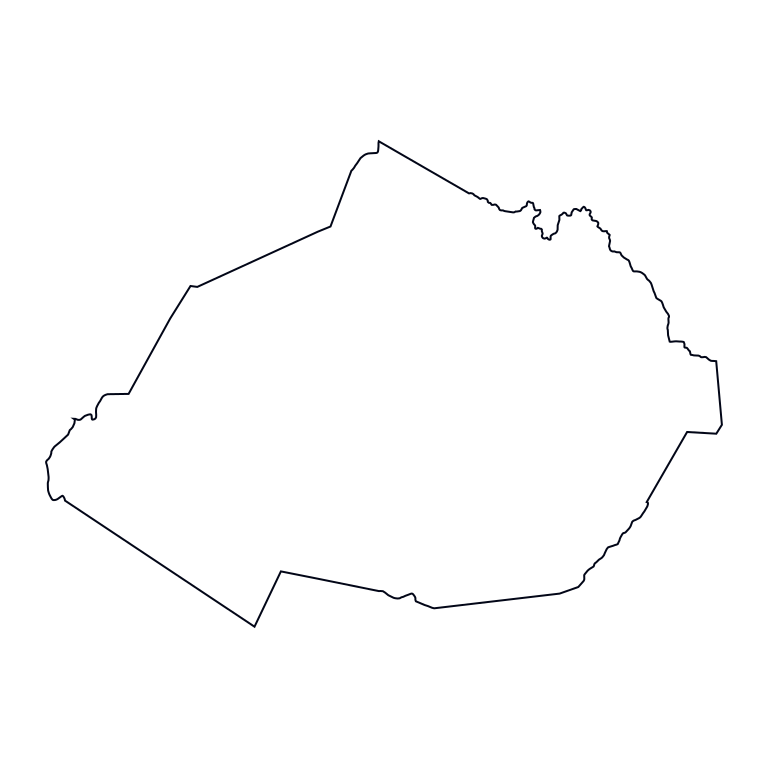 the district of San Juan de Flores, Francisco Morazán, Honduras
{"feature_id": "27666195B42566611093852", "entity_name": "San Juan de Flores", "entity_type": "district", "adm_level": 2, "iso_a3": "HND", "parent_name": "Honduras", "parent_adm1": "Francisco Morazán", "projection": "robinson", "projection_center": [-86.926, 14.309], "detail": "fine", "context": "isolated", "style": "outline", "palette": "ink", "viewbox_px": 768, "rotation_deg": 0, "n_neighbors": 0, "source": "geoboundaries", "source_scale": "gbopen_adm2", "svg_char_len": 6038}
<svg xmlns="http://www.w3.org/2000/svg" viewBox="0 0 768 768"><path d="M716.3,433.7L721.9,424.8L716.2,361.2L714.5,361.0L711.8,360.9L710.7,360.7L708.9,359.6L706.2,357.2L704.8,356.9L702.8,357.2L701.3,357.2L700.8,357.0L699.8,356.1L698.5,355.6L693.9,355.4L692.3,355.0L690.9,354.8L690.5,354.2L689.9,351.3L689.0,350.6L687.3,348.3L686.7,347.8L685.1,347.6L684.7,347.5L684.5,347.3L684.4,346.3L684.5,344.4L684.3,343.5L683.9,342.4L683.7,342.0L683.4,341.9L681.8,341.6L679.0,341.5L676.1,341.3L674.4,341.4L672.0,341.7L670.5,341.8L669.7,341.6L668.1,335.3L668.0,333.6L667.8,329.8L667.5,329.0L667.4,328.0L667.7,325.8L668.4,323.7L668.6,322.5L668.4,318.9L668.5,318.0L669.0,316.9L669.0,316.3L668.9,315.7L668.0,313.9L666.2,311.6L663.7,307.3L662.9,304.7L662.2,302.8L661.5,301.4L660.8,300.8L657.4,298.8L656.6,298.2L656.3,297.9L654.5,292.9L653.7,291.3L651.5,284.4L650.8,282.8L649.1,280.7L647.9,279.8L647.0,278.9L645.0,275.3L643.9,274.3L642.0,272.9L640.7,272.2L639.5,271.8L636.9,271.4L633.9,271.4L633.4,271.2L633.1,271.0L632.5,270.0L631.6,267.9L630.7,266.3L629.5,262.2L628.8,260.6L628.1,260.0L627.2,259.6L623.8,257.5L623.3,257.0L621.6,255.4L620.4,252.9L620.2,252.6L619.4,252.3L616.5,252.2L614.3,251.4L613.2,251.5L612.3,251.4L611.3,250.9L610.6,250.4L610.0,249.4L609.4,247.2L609.0,246.2L610.1,240.9L609.8,239.6L609.2,238.3L609.1,237.8L609.2,236.5L609.6,235.4L609.6,234.8L607.4,233.0L607.0,232.2L606.9,231.4L606.8,231.1L606.1,231.1L603.9,231.3L603.0,231.2L602.3,231.0L601.5,230.3L600.4,228.6L597.7,226.8L597.4,226.3L598.1,224.7L598.3,223.1L598.1,222.5L597.3,221.7L596.8,221.3L596.1,221.0L592.7,220.4L591.9,219.8L591.7,219.4L591.8,217.4L591.2,216.7L590.1,215.8L589.6,215.0L589.7,214.2L590.4,212.9L590.7,212.0L590.5,211.2L590.0,210.5L589.4,210.2L588.5,209.9L586.8,210.3L586.2,210.2L585.8,209.5L585.5,208.5L585.3,208.1L584.5,207.1L583.8,206.8L583.0,207.3L581.4,209.1L581.2,209.4L581.1,210.3L580.7,210.8L580.3,211.1L576.3,209.0L574.9,209.0L573.7,209.3L571.7,212.3L571.3,214.4L571.2,215.0L570.8,215.4L570.3,215.6L568.8,215.7L567.3,215.5L567.0,215.3L566.0,213.5L565.7,213.2L564.5,212.7L563.8,212.7L563.4,212.8L562.8,213.6L562.2,214.1L561.5,214.7L560.2,215.3L559.3,216.1L559.4,219.9L557.7,225.2L557.6,229.7L557.0,231.3L556.3,232.4L555.3,233.3L553.6,233.8L552.0,234.8L550.9,235.7L550.6,236.4L550.6,239.0L550.5,239.4L550.2,239.6L549.4,239.7L548.6,239.4L547.7,238.7L547.2,237.8L547.0,237.7L546.7,237.7L545.9,238.2L545.0,238.5L544.4,238.6L544.0,238.5L543.2,238.2L542.7,237.8L542.2,237.1L541.9,236.4L541.9,235.5L542.4,234.5L542.6,233.6L542.4,232.7L541.9,231.4L541.8,230.5L541.9,229.7L541.7,229.3L541.1,228.8L540.1,228.7L538.0,227.9L537.7,227.9L537.0,228.5L536.5,228.7L535.9,228.8L535.4,228.6L535.2,228.3L535.1,227.9L535.2,226.5L535.1,225.5L533.8,224.0L533.1,222.7L532.9,222.1L533.0,221.5L534.0,217.8L535.6,216.5L537.3,215.9L538.6,215.0L539.7,213.7L540.2,212.7L540.4,212.1L540.3,210.9L540.0,210.0L536.2,210.4L535.6,210.3L534.8,209.7L534.5,209.2L534.5,208.3L533.9,207.1L533.6,205.8L533.2,203.7L533.0,203.2L532.7,202.9L532.2,202.8L531.3,202.8L530.4,202.5L529.5,201.8L528.9,201.5L528.5,201.4L528.1,201.6L527.6,202.1L527.2,202.8L526.9,203.8L526.8,205.2L526.3,206.1L522.3,207.9L520.9,210.3L520.3,210.8L519.7,211.1L517.1,211.5L515.6,211.5L514.5,212.2L513.2,212.4L505.3,211.2L504.3,211.0L503.0,210.4L501.3,210.4L500.4,210.2L499.8,209.9L499.4,209.3L499.0,208.6L498.8,207.8L498.4,207.2L496.1,204.8L495.5,204.6L494.7,204.5L493.1,204.9L491.8,204.9L491.5,204.7L491.0,203.8L490.3,203.0L490.0,202.9L489.1,202.9L488.2,202.3L487.8,201.8L487.8,200.9L487.5,200.2L487.0,199.4L486.5,199.0L485.0,198.5L482.9,198.0L481.6,198.3L480.5,198.9L480.1,198.9L479.2,198.3L477.6,197.0L474.4,195.3L473.5,194.2L472.4,193.5L470.6,193.1L469.0,193.4L378.8,141.3L378.5,142.9L378.5,146.4L378.2,150.1L378.0,151.4L377.5,152.4L376.9,152.8L376.1,153.0L370.5,153.3L368.1,153.5L365.5,154.4L363.7,155.5L360.5,158.1L357.0,163.4L355.3,165.6L354.1,167.7L352.4,169.8L351.4,170.7L330.5,226.5L317.8,231.7L197.3,286.9L190.5,286.0L170.2,318.5L128.6,393.9L107.6,394.2L105.7,394.8L104.6,395.3L103.6,395.9L102.6,396.8L101.6,398.3L100.1,401.1L98.8,402.9L97.2,405.9L96.5,407.5L96.2,408.4L96.1,409.6L96.0,411.9L96.2,414.9L96.1,417.2L95.8,417.8L95.4,418.5L94.4,419.2L92.9,419.6L92.4,419.6L92.1,419.4L91.8,418.6L91.7,416.6L91.5,415.2L91.0,414.6L90.2,414.3L88.1,414.7L84.9,415.9L83.6,416.9L80.8,419.4L80.2,419.7L79.2,419.9L78.1,419.9L77.5,419.7L75.5,418.9L73.8,418.8L74.9,419.6L74.4,423.3L72.7,427.1L71.1,429.0L69.8,430.1L68.1,434.6L59.9,442.2L54.9,446.3L54.1,447.1L52.5,449.4L51.6,451.0L51.3,451.8L51.3,453.1L51.0,454.2L50.5,455.8L49.8,457.2L48.6,458.9L47.3,460.0L46.6,460.9L46.2,461.5L46.1,462.3L46.3,463.4L46.9,465.2L47.7,469.2L48.6,477.0L48.6,478.3L48.5,480.2L47.9,482.4L47.8,483.6L47.9,487.4L48.1,490.5L48.7,492.6L49.4,494.5L51.1,497.8L51.8,498.9L52.4,499.6L53.0,500.0L53.8,500.1L55.1,500.0L56.2,499.7L57.5,499.1L61.7,496.1L62.4,495.8L62.9,496.0L63.5,496.7L64.2,497.9L64.8,499.4L65.0,500.6L254.5,626.7L280.9,571.4L317.7,578.7L378.9,591.1L380.4,591.0L382.9,591.2L385.1,592.6L388.3,595.2L393.6,597.8L395.1,598.2L397.5,598.5L399.6,598.3L400.2,598.0L401.4,597.3L403.3,596.8L405.4,595.8L408.4,594.7L410.7,593.8L411.4,593.6L412.0,593.6L412.7,593.9L413.3,594.5L414.3,595.8L415.0,596.9L415.4,598.0L415.4,599.8L415.7,600.8L415.9,601.3L424.6,605.0L428.0,606.1L432.1,607.8L434.2,608.3L559.6,593.6L578.3,587.0L583.6,581.0L583.9,580.4L584.2,579.7L584.3,578.8L584.2,575.3L584.4,574.7L584.9,574.0L587.6,570.7L588.7,569.7L589.9,568.8L593.6,566.5L594.0,565.5L594.3,564.3L594.8,563.4L596.0,562.5L596.9,561.7L598.9,559.7L601.7,557.9L602.8,556.7L604.0,555.1L604.8,553.1L606.7,549.1L607.8,547.7L608.2,547.3L609.1,547.0L613.3,545.7L614.8,545.1L616.6,544.6L617.7,544.1L619.5,540.3L619.8,539.0L620.4,537.5L622.2,534.3L622.9,533.5L623.3,533.1L624.7,532.8L625.6,532.3L629.1,528.5L629.9,527.4L630.6,526.2L631.7,523.2L632.2,521.9L632.6,521.4L633.7,520.6L635.6,519.9L639.1,518.1L640.1,517.4L640.9,516.5L643.1,513.1L644.3,511.5L647.3,506.4L647.9,504.4L648.0,503.1L647.6,502.5L646.7,502.1L687.1,432.0L716.3,433.7Z" fill="none" stroke="#020617" stroke-width="2"/></svg>